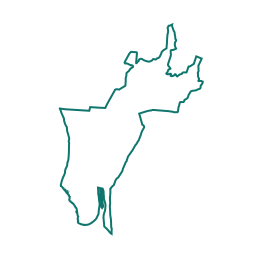 the district of Labuhan Batu, Sumatera Utara, Indonesia, rotated 185°
{"feature_id": "22746128B75065966155231", "entity_name": "Labuhan Batu", "entity_type": "district", "adm_level": 2, "iso_a3": "IDN", "parent_name": "Indonesia", "parent_adm1": "Sumatera Utara", "projection": "robinson", "projection_center": [100.13, 2.27], "detail": "fine", "context": "isolated", "style": "outline", "palette": "teal", "viewbox_px": 256, "rotation_deg": 185, "n_neighbors": 0, "source": "geoboundaries", "source_scale": "gbopen_adm2", "svg_char_len": 5579}
<svg xmlns="http://www.w3.org/2000/svg" viewBox="0 0 256 256"><g transform="rotate(185 128 128)"><path d="M190.0,65.6L189.9,65.0L189.8,64.9L189.7,64.2L188.9,63.9L188.3,63.4L187.6,62.5L187.4,62.3L187.2,62.3L187.2,62.1L187.1,61.9L186.7,61.7L186.5,61.4L186.2,61.1L186.2,61.3L185.9,61.1L185.6,61.1L185.2,60.8L185.5,60.9L185.6,60.6L185.3,60.5L185.2,60.4L185.0,60.5L184.9,60.7L184.7,60.5L184.8,60.2L184.8,59.9L184.4,59.2L184.0,59.0L183.8,59.1L183.9,58.9L183.7,58.7L183.3,59.0L183.2,58.7L183.4,58.4L183.2,58.3L183.2,58.2L182.7,58.3L182.9,58.0L182.4,57.1L181.7,56.3L181.5,56.5L181.3,56.3L180.6,55.0L180.3,54.2L180.1,54.2L180.2,53.8L180.0,52.4L180.1,52.1L180.1,51.9L180.3,51.7L180.3,51.3L179.7,50.3L179.2,49.9L178.9,49.9L178.8,49.7L178.6,49.7L177.9,49.0L177.7,48.7L177.0,48.7L176.2,47.8L175.8,47.7L173.8,45.2L173.4,44.3L173.0,44.2L172.3,43.4L172.1,42.9L171.9,41.6L171.6,41.2L171.5,40.8L171.5,40.5L171.8,40.5L172.2,40.0L172.0,39.7L171.9,39.5L171.5,39.7L171.2,39.4L171.2,38.4L170.8,37.8L170.6,36.5L169.9,35.4L170.1,35.2L170.1,34.1L170.2,33.9L170.2,33.2L170.1,32.6L169.5,31.5L169.5,31.2L169.8,30.9L169.6,30.5L169.5,29.8L169.6,29.7L169.5,29.3L168.4,28.7L167.3,28.4L166.9,28.3L166.7,28.1L166.4,28.2L165.1,27.8L164.8,27.7L164.3,27.8L163.6,27.6L163.4,27.8L162.9,27.6L162.0,27.7L160.8,28.0L160.6,27.9L160.1,28.1L159.7,28.2L158.0,28.9L157.6,29.3L157.2,29.5L156.3,30.1L156.1,30.4L155.9,30.4L155.1,31.3L154.5,31.7L154.1,32.2L153.9,32.3L153.7,32.6L153.4,32.8L152.1,34.4L151.5,35.4L149.9,39.8L149.9,43.5L149.6,48.6L149.8,50.7L150.0,51.8L150.4,52.8L151.2,57.4L151.8,59.3L152.1,61.3L152.2,62.9L152.7,66.0L148.0,65.4L147.6,64.8L146.8,62.7L146.5,60.0L146.0,57.3L145.8,55.3L144.0,50.7L143.7,49.1L143.6,45.7L143.7,43.7L144.5,40.4L144.7,38.6L144.6,36.6L144.1,33.6L143.4,30.1L143.3,29.2L143.1,27.9L141.9,26.9L141.0,26.3L140.3,25.6L140.0,25.4L138.2,23.7L137.6,23.1L137.3,22.7L136.8,22.4L136.2,21.6L135.1,21.1L135.4,24.2L135.4,26.4L135.8,27.0L136.1,27.9L136.5,31.4L137.0,35.3L137.3,36.4L137.8,38.7L138.1,39.8L138.6,44.3L138.9,45.8L139.3,48.5L139.2,51.3L139.9,56.8L139.9,61.7L140.3,65.7L140.0,65.8L139.9,66.6L138.6,68.4L137.1,70.0L135.9,74.7L134.9,76.6L133.4,77.9L129.9,84.6L129.5,87.1L128.7,89.2L128.3,90.8L127.9,91.7L127.4,93.6L126.5,94.8L126.4,95.7L125.5,99.5L121.4,106.6L119.5,110.8L118.9,111.9L118.3,112.6L117.2,115.0L116.3,116.7L114.7,122.0L114.2,124.6L113.3,127.1L112.0,129.9L112.1,131.0L112.8,131.9L114.1,132.6L115.2,135.7L118.1,143.3L111.4,146.1L108.2,147.2L106.5,147.5L105.0,148.2L88.6,148.3L86.3,148.1L85.4,148.2L84.0,147.8L82.3,147.8L80.0,148.1L79.6,149.2L79.6,150.4L79.5,153.1L79.2,153.9L78.5,158.1L77.4,158.5L75.4,158.6L74.8,158.9L74.5,159.4L74.1,161.0L72.3,162.1L71.3,163.1L70.8,164.7L70.6,165.9L70.0,167.2L69.4,168.3L68.8,169.8L67.3,170.6L63.4,171.5L62.3,172.2L61.3,172.8L60.4,173.1L59.5,173.7L59.3,174.3L59.2,176.9L58.6,177.4L57.8,178.9L57.5,180.2L57.6,180.7L58.2,180.7L58.9,181.2L60.3,181.2L61.8,180.9L61.9,181.1L62.0,181.4L61.5,182.6L61.5,183.2L62.4,184.7L62.8,185.8L62.9,187.8L63.3,189.0L63.2,189.4L62.7,190.4L62.8,192.0L63.1,194.2L63.3,196.2L61.2,201.9L60.7,203.6L66.2,205.3L66.5,204.1L68.0,197.7L68.4,197.3L69.5,196.5L71.7,194.7L72.9,194.6L73.2,194.0L74.4,188.8L74.6,188.5L77.1,188.3L78.0,188.1L78.6,187.7L79.2,186.5L80.5,186.1L81.5,185.5L82.6,184.5L83.2,183.9L83.5,183.7L83.9,183.8L84.1,184.0L84.9,185.2L85.3,185.6L85.8,185.7L86.6,184.5L87.2,184.1L88.1,183.8L88.5,183.5L89.7,183.5L90.1,183.7L90.1,184.1L89.8,184.8L89.8,185.1L89.8,185.4L90.1,185.7L90.9,185.7L92.7,185.0L93.7,185.0L94.4,185.3L94.6,185.6L94.5,185.8L94.4,186.0L94.0,186.3L93.6,187.0L92.9,189.4L92.7,189.7L91.1,190.6L90.9,190.8L92.2,192.5L93.4,193.7L93.6,194.1L93.7,194.8L93.5,196.0L91.9,202.6L91.6,204.6L92.1,207.2L92.2,208.7L91.7,209.4L90.1,209.6L87.8,210.7L87.0,211.2L88.1,213.1L88.5,214.4L88.7,215.7L88.5,217.8L87.8,218.9L87.7,219.5L87.7,219.8L88.6,220.9L88.9,222.9L89.4,224.7L90.0,227.5L91.0,228.9L92.6,232.4L93.2,234.3L93.1,234.9L95.3,233.6L96.4,233.4L97.3,231.2L96.7,229.5L96.6,228.5L96.5,228.0L96.4,227.2L96.6,225.7L96.8,225.2L96.8,224.6L96.8,222.2L96.8,220.1L96.6,216.4L96.6,210.7L99.0,208.9L99.9,208.1L100.7,207.0L101.1,206.5L101.6,204.2L102.0,203.4L102.5,202.0L103.0,201.1L104.0,200.3L105.3,199.8L106.0,198.9L106.4,198.7L107.2,198.7L107.9,198.8L108.9,198.9L110.0,197.4L111.4,196.4L113.4,195.9L115.5,196.2L117.0,196.6L118.6,197.1L119.2,197.5L120.2,198.0L121.1,198.1L122.4,197.6L122.8,197.2L123.1,196.7L123.2,195.7L123.9,195.1L124.6,195.1L124.7,194.1L124.9,193.6L125.2,193.3L125.5,193.3L125.6,193.6L125.6,203.2L125.8,204.0L126.2,204.2L131.6,204.1L132.0,203.8L133.3,201.9L136.8,193.9L137.1,192.7L136.4,192.0L135.0,192.3L133.4,191.8L130.6,190.7L129.9,190.9L129.0,190.7L128.5,190.1L128.3,189.4L128.7,188.8L129.9,188.1L131.2,186.7L131.9,185.1L133.5,183.5L134.3,182.5L134.2,179.7L134.7,177.2L134.4,175.5L134.3,169.9L139.4,166.1L140.1,165.5L140.8,165.6L143.0,165.6L143.6,165.4L144.4,164.8L144.6,164.0L144.9,163.3L149.4,153.4L151.2,149.2L152.4,146.0L158.8,145.7L167.5,145.5L168.1,141.8L191.7,141.2L196.5,141.4L198.5,141.6L197.4,141.3L195.5,137.0L192.6,131.8L192.2,129.4L191.1,126.7L189.6,124.2L189.0,123.6L188.5,120.3L188.1,119.0L186.9,116.0L186.0,113.5L185.6,112.1L185.9,109.9L185.8,109.2L185.4,108.4L184.7,97.4L184.6,92.1L184.8,90.2L185.4,88.0L185.3,86.6L185.5,84.7L186.7,81.5L186.9,80.4L186.9,77.8L187.2,76.5L188.0,74.1L188.3,73.6L189.4,69.3L189.7,67.0L190.0,65.6ZM150.3,64.5L149.9,61.4L149.9,60.3L150.1,58.9L148.4,52.9L147.8,47.9L147.5,46.8L146.8,46.0L146.1,47.2L146.0,48.1L147.1,52.4L147.6,54.7L148.2,60.3L148.4,63.4L148.5,64.1L149.2,64.9L150.3,65.0L150.3,64.5Z" fill="none" stroke="#0f766e" stroke-width="2"/></g></svg>